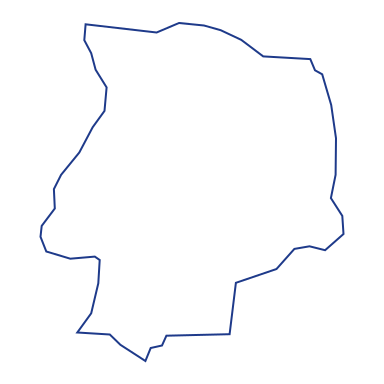 Humphreys, Tennessee, United States of America
{"feature_id": "52423323B79076745514263", "entity_name": "Humphreys", "entity_type": "district", "adm_level": 2, "iso_a3": "USA", "parent_name": "United States of America", "parent_adm1": "Tennessee", "projection": "natural_earth1", "projection_center": [-87.797, 36.024], "detail": "fine", "context": "isolated", "style": "outline", "palette": "blue", "viewbox_px": 384, "rotation_deg": 0, "n_neighbors": 0, "source": "geoboundaries", "source_scale": "gbopen_adm2", "svg_char_len": 670}
<svg xmlns="http://www.w3.org/2000/svg" viewBox="0 0 384 384"><path d="M322.2,74.3L315.0,70.3L310.3,59.1L263.2,56.4L241.3,39.9L220.7,30.2L204.0,25.5L179.0,23.0L156.6,32.5L85.6,24.3L84.3,40.2L91.2,53.2L95.6,69.7L106.6,87.4L104.5,110.9L92.7,127.2L79.3,152.5L61.1,174.8L53.9,189.1L54.8,208.5L41.7,225.9L40.5,236.8L46.3,251.5L70.3,258.7L94.8,256.6L99.7,260.0L98.3,283.3L91.2,313.3L77.3,332.5L109.8,334.5L120.4,344.8L145.4,361.0L150.7,348.0L162.0,345.5L166.4,335.7L229.6,334.2L235.9,282.8L276.5,269.0L294.4,248.9L309.5,246.3L325.1,250.2L343.5,234.0L342.3,215.9L330.9,198.1L335.6,174.8L336.0,138.3L331.2,105.0L322.2,74.3Z" fill="none" stroke="#1e3a8a" stroke-width="2"/></svg>